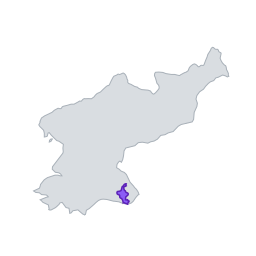 Changdo, Kangwŏn-do, North Korea (highlighted), rotated 12°
{"feature_id": "82179303B43918374415643", "entity_name": "Changdo", "entity_type": "district", "adm_level": 2, "iso_a3": "PRK", "parent_name": "North Korea", "parent_adm1": "Kangwŏn-do", "projection": "equal_earth", "projection_center": [127.856, 38.569], "detail": "fine", "context": "in_parent", "style": "filled", "palette": "violet", "viewbox_px": 256, "rotation_deg": 12, "n_neighbors": 0, "source": "geoboundaries", "source_scale": "gbopen_adm2", "svg_char_len": 4459}
<svg xmlns="http://www.w3.org/2000/svg" viewBox="0 0 256 256"><g transform="rotate(12 128 128)"><path d="M152.6,190.8L151.7,191.4L150.0,194.5L148.4,198.5L146.9,200.6L145.1,201.8L143.2,202.5L139.4,202.8L136.0,202.5L134.9,202.1L130.2,202.4L128.9,202.6L122.2,202.3L118.7,202.7L116.5,203.4L114.2,205.0L112.2,207.5L110.5,210.0L106.9,214.8L104.4,217.1L104.4,220.4L104.3,221.4L103.5,222.1L103.2,221.8L101.7,221.6L96.0,218.5L91.3,220.4L90.1,222.8L88.8,223.6L87.0,218.8L83.9,218.7L79.1,214.5L77.0,215.4L76.4,217.1L73.7,220.9L69.9,224.1L68.7,224.5L67.4,224.3L67.6,223.4L66.1,219.8L60.2,218.4L58.1,216.9L57.0,216.5L62.8,212.6L64.3,211.9L63.2,211.0L62.0,210.5L57.3,211.1L54.8,209.8L51.2,210.2L48.7,209.2L53.9,205.3L54.2,203.0L54.2,201.3L56.8,196.1L59.5,193.3L66.4,189.3L69.4,188.7L71.5,188.9L73.3,188.5L71.5,186.9L69.6,186.2L66.1,186.4L62.5,184.1L62.2,181.6L69.5,166.2L69.6,164.8L68.5,161.1L68.2,157.4L63.2,155.3L60.9,155.1L54.5,151.0L51.9,148.9L50.9,149.5L50.7,152.8L49.7,153.5L48.0,154.2L47.2,150.4L45.9,147.7L41.6,145.0L40.1,143.5L40.9,140.2L40.5,139.9L41.3,136.2L44.0,133.4L50.5,128.4L52.2,126.0L55.5,123.2L57.0,123.3L58.5,123.0L59.0,121.8L59.3,120.9L60.6,120.0L63.8,118.5L67.4,116.5L70.3,115.9L73.8,112.9L75.2,111.6L76.6,111.6L77.0,111.0L77.9,109.4L79.0,108.4L80.5,108.2L83.1,107.5L86.2,107.0L88.4,104.5L89.2,102.7L90.6,100.7L93.6,98.5L95.7,95.3L98.1,91.9L99.2,90.8L100.3,90.5L100.9,89.2L101.7,85.6L102.7,82.0L103.4,80.3L106.0,78.5L106.7,77.6L107.3,77.3L108.6,77.5L110.2,76.4L111.8,75.2L113.2,75.6L114.6,76.6L116.1,78.6L116.8,80.2L117.9,81.5L118.2,83.4L119.4,84.3L121.9,84.7L126.0,86.0L128.7,86.1L130.2,87.0L133.4,87.6L139.8,86.8L142.4,87.2L143.5,88.4L145.1,89.4L146.2,89.5L147.6,87.8L149.1,85.2L150.1,83.1L150.0,81.5L149.1,79.8L147.0,78.2L145.7,75.7L144.3,73.1L143.6,72.2L142.9,71.0L142.8,69.1L143.3,67.8L146.4,66.9L150.5,66.4L153.8,66.9L159.3,66.6L162.6,65.9L165.2,66.0L167.5,66.0L168.5,64.9L171.7,62.2L173.2,61.3L174.9,59.5L175.2,57.6L175.5,56.1L176.4,54.5L178.1,52.5L179.5,51.5L181.1,51.7L182.8,52.6L183.9,53.5L185.1,53.2L186.1,51.7L186.7,51.4L188.6,51.2L189.2,50.3L189.9,45.6L190.6,42.0L190.8,39.4L192.4,35.2L192.9,32.7L193.9,31.5L195.1,31.6L196.1,32.4L197.4,32.8L199.0,32.4L200.2,33.0L200.9,34.4L203.4,35.3L203.6,36.0L203.6,40.6L205.0,42.7L206.8,44.7L209.3,46.4L210.6,46.8L211.4,48.1L212.2,50.3L213.9,52.4L214.9,53.9L215.1,55.5L215.9,56.4L214.5,57.4L212.7,56.8L209.6,56.5L205.7,59.6L203.5,60.7L202.0,63.8L199.0,65.7L197.3,67.7L195.2,71.1L193.8,74.3L190.5,77.7L188.6,82.0L188.5,85.6L190.7,89.3L190.9,92.5L189.5,99.0L190.4,106.0L189.5,108.7L179.3,113.5L176.7,115.9L172.9,122.1L168.4,124.4L165.5,126.9L161.6,128.4L159.1,132.8L156.3,135.3L153.0,136.8L150.6,138.7L145.0,138.9L141.1,140.2L138.4,143.9L130.0,148.0L128.9,151.2L129.4,156.1L129.4,159.9L128.7,162.9L126.9,162.1L125.9,163.1L124.8,165.9L125.1,169.2L128.0,170.2L130.3,171.6L133.6,172.2L136.1,173.8L141.3,180.6L145.6,183.7L146.7,184.8L149.1,186.3L151.4,188.7L152.6,190.8ZM55.4,157.1L53.9,158.1L53.8,156.3L55.0,154.7L56.3,154.5L55.4,157.1Z" fill="#d9dde1" stroke="#a8b0b8" stroke-width="1"/><path d="M137.9,183.0L137.1,183.1L136.6,183.5L136.1,183.9L135.9,184.2L135.8,184.8L135.7,185.2L135.4,185.6L135.0,186.0L134.6,186.4L134.5,187.0L134.4,188.0L134.4,188.7L134.3,189.4L134.3,190.0L134.2,190.6L133.7,191.1L133.2,191.3L132.8,191.7L132.2,191.8L131.7,192.0L131.2,192.2L131.1,192.3L130.8,192.4L130.7,192.9L130.6,193.5L130.7,193.9L131.0,194.5L131.4,194.9L132.0,195.1L132.6,195.2L133.0,195.3L133.6,195.4L133.9,195.8L134.0,196.3L134.2,196.8L134.4,197.5L135.0,198.0L135.6,198.2L136.4,198.3L137.0,199.0L137.5,199.5L137.9,200.0L138.2,200.6L138.4,201.1L138.8,202.1L139.0,201.8L139.8,201.9L140.1,202.0L140.5,202.1L140.7,202.3L141.0,202.3L141.5,202.2L141.8,202.2L142.0,202.4L142.5,202.4L142.8,202.4L143.1,202.6L143.4,202.6L143.5,202.6L143.4,201.8L143.6,201.0L144.0,200.4L144.3,200.0L144.2,199.3L143.9,199.1L143.5,199.3L143.3,199.3L142.9,198.9L142.7,198.4L142.4,198.2L142.1,198.4L141.4,198.7L141.0,198.7L140.5,198.7L140.4,197.9L140.3,197.2L140.2,196.7L140.1,196.0L140.6,195.3L141.2,194.5L141.8,193.8L142.0,193.0L141.8,192.1L141.4,191.8L140.6,191.5L140.1,191.5L139.6,191.5L139.0,190.9L138.7,190.5L138.6,190.2L138.2,189.9L137.7,189.8L137.4,189.6L137.1,189.1L136.7,188.7L136.6,188.1L136.4,187.8L136.2,187.3L136.2,186.8L136.4,186.4L136.7,186.2L137.4,185.7L137.8,185.4L138.1,185.1L138.3,184.9L138.1,184.7L137.8,184.6L137.6,184.2L137.6,183.9L137.9,183.4L137.9,183.0Z" fill="#8b5cf6" stroke="#5b21b6" stroke-width="1.5"/></g></svg>